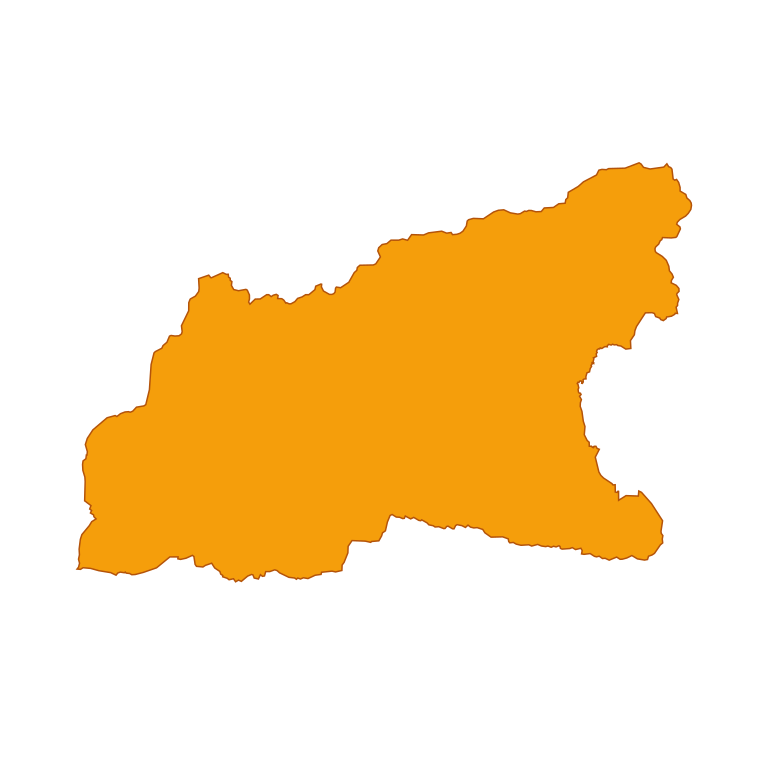 Bo Phloi, Kanchanaburi, Thailand, rotated 85°
{"feature_id": "78962969B59995610664778", "entity_name": "Bo Phloi", "entity_type": "district", "adm_level": 2, "iso_a3": "THA", "parent_name": "Thailand", "parent_adm1": "Kanchanaburi", "projection": "albers", "projection_center": [99.464, 14.382], "detail": "fine", "context": "isolated", "style": "filled", "palette": "amber", "viewbox_px": 768, "rotation_deg": 85, "n_neighbors": 0, "source": "geoboundaries", "source_scale": "gbopen_adm2", "svg_char_len": 6116}
<svg xmlns="http://www.w3.org/2000/svg" viewBox="0 0 768 768"><g transform="rotate(85 384 384)"><path d="M559.4,119.4L557.0,120.8L554.9,120.9L544.5,118.4L526.4,128.0L514.4,136.9L512.8,139.5L517.8,140.4L516.3,152.6L520.3,160.4L511.4,159.7L511.2,160.2L512.3,161.3L511.8,163.0L504.5,162.5L504.5,164.7L503.1,165.6L496.8,173.5L494.0,175.9L490.4,177.6L475.3,179.9L467.8,175.2L466.8,177.3L464.5,178.3L464.4,180.0L465.4,180.6L464.8,180.9L465.3,181.9L464.1,182.7L463.9,184.9L459.9,184.7L458.0,186.5L452.0,188.9L443.9,187.5L438.5,188.7L428.5,189.2L423.4,190.5L419.8,190.0L416.7,188.7L413.2,190.3L411.7,188.6L410.3,189.1L410.2,190.2L408.9,191.0L406.2,191.1L404.8,190.3L401.2,190.8L400.5,191.5L399.2,190.7L399.5,189.7L398.3,188.9L398.0,187.6L399.2,186.7L400.5,187.0L400.7,186.3L399.3,185.3L397.1,185.3L396.5,184.3L396.5,182.3L394.5,182.3L390.6,180.9L389.8,178.2L386.5,177.2L384.6,175.7L383.4,176.1L382.6,175.1L381.0,174.9L381.9,173.3L381.0,173.2L380.6,173.9L377.0,172.7L376.2,173.1L375.0,169.8L372.4,170.0L371.2,168.9L370.1,169.4L368.6,168.8L367.6,167.2L367.9,166.1L366.9,165.5L367.6,163.9L366.0,160.8L366.4,158.3L365.5,158.3L364.1,156.7L365.0,154.3L364.3,152.8L365.1,151.3L365.1,148.7L366.0,147.9L366.8,144.7L370.3,140.1L370.1,135.0L362.2,134.7L356.8,130.3L352.8,129.4L348.8,127.5L335.9,117.4L336.3,110.7L337.3,108.5L340.5,107.5L342.4,103.5L343.9,102.8L345.2,100.2L343.4,97.2L341.9,96.6L341.5,91.7L339.9,88.3L338.9,87.7L339.3,85.5L332.9,86.3L331.4,84.7L329.0,84.5L325.5,82.9L320.6,84.6L319.4,84.3L317.4,82.0L314.5,81.9L311.2,84.2L308.2,89.1L305.8,88.6L302.9,86.4L299.5,87.5L296.1,89.8L291.5,90.0L285.4,92.0L281.2,95.6L276.8,101.4L275.4,102.2L272.9,102.3L271.1,101.4L268.6,98.2L265.3,96.3L264.4,94.7L262.4,93.8L263.5,85.1L263.4,80.5L262.6,79.4L255.3,75.2L253.3,75.5L250.4,78.5L248.4,77.7L245.9,74.9L243.0,68.9L240.5,66.0L236.8,63.1L232.9,62.1L230.5,62.2L228.0,63.3L225.0,66.1L221.5,66.8L217.6,72.2L213.9,71.9L208.9,72.9L205.7,74.7L206.3,76.6L205.0,78.1L195.1,78.4L193.4,79.5L192.3,81.5L189.3,83.0L192.3,86.4L193.0,100.2L190.8,106.6L187.3,108.7L185.9,110.6L190.0,125.0L189.0,141.5L189.9,143.8L189.2,148.2L189.7,151.3L194.3,154.1L200.0,167.7L204.2,173.4L209.1,183.7L214.5,184.8L216.1,186.8L219.7,187.8L219.7,194.2L222.9,199.8L222.6,209.0L225.9,212.3L225.7,217.6L224.0,222.1L223.7,224.7L224.5,227.0L224.0,228.9L226.2,233.4L226.4,235.9L224.5,243.2L220.9,249.5L220.9,254.9L222.2,259.8L228.1,270.6L226.8,280.6L227.7,285.4L228.9,286.9L233.8,288.2L238.6,292.0L240.4,295.0L241.2,298.3L241.2,302.7L238.9,304.0L239.2,308.4L236.8,313.2L237.3,326.4L239.0,331.6L237.6,343.5L242.9,348.0L241.1,352.8L242.0,356.8L241.3,364.5L244.4,368.9L244.9,373.7L247.8,377.4L250.9,378.6L257.1,376.5L263.6,381.7L264.5,384.2L263.6,397.7L265.6,400.4L268.4,401.2L270.4,403.9L279.6,410.2L284.3,418.8L283.3,423.0L284.3,423.9L288.1,424.7L289.6,426.1L290.2,428.0L290.0,430.5L286.1,436.2L281.8,437.9L279.2,437.4L278.9,438.1L280.6,443.5L284.0,444.6L288.5,451.1L288.2,454.3L290.1,458.0L291.2,462.6L294.2,465.6L296.0,469.7L295.9,471.5L294.6,473.8L294.9,474.7L291.6,476.6L290.1,478.4L289.6,482.5L286.6,481.8L285.3,483.5L285.9,486.6L287.1,488.8L285.0,491.0L284.8,493.1L288.5,499.9L288.2,504.9L292.8,510.6L290.6,511.7L287.6,510.6L283.6,510.3L278.6,512.0L277.7,513.3L278.4,520.8L276.8,525.5L272.5,527.4L268.7,526.6L267.4,528.1L265.2,528.0L264.0,529.5L261.1,529.6L261.0,531.6L259.0,534.9L263.1,546.6L262.9,547.4L260.3,549.1L262.9,559.5L272.3,559.8L275.7,560.5L280.0,564.2L282.4,569.5L283.3,570.1L286.0,571.4L294.1,572.2L308.3,580.7L314.3,580.5L316.5,581.4L318.1,584.0L318.0,588.1L317.1,591.9L317.6,593.5L323.5,596.6L326.5,600.8L329.0,602.2L331.8,609.0L333.0,610.4L344.3,614.3L369.3,618.2L383.8,623.1L384.9,625.1L385.5,632.6L389.2,636.7L390.0,639.3L389.3,640.9L389.3,644.5L390.6,649.1L393.1,652.9L392.0,654.6L393.5,662.8L404.3,678.0L412.3,684.3L418.3,686.8L425.6,685.4L428.9,686.1L428.8,686.7L432.5,687.5L434.4,690.5L437.8,691.3L443.8,691.5L450.7,690.1L455.1,690.2L474.3,692.4L479.6,686.5L482.9,688.1L484.5,686.3L486.9,687.7L489.0,684.8L491.0,684.5L493.3,682.6L495.7,687.2L499.4,689.9L507.7,698.1L512.2,700.0L521.9,702.1L527.7,702.3L531.9,703.6L536.0,702.9L539.9,704.3L541.6,705.9L542.2,702.5L540.8,699.8L542.1,692.4L545.1,684.4L548.1,672.7L551.1,667.6L549.1,665.7L548.4,663.1L549.4,659.1L548.8,658.2L549.9,657.4L550.6,653.9L552.0,651.9L552.1,648.4L550.7,640.1L547.3,626.6L537.6,612.4L538.3,604.2L540.2,604.6L541.0,602.0L540.3,596.4L538.0,589.8L539.3,588.4L547.2,587.9L549.3,586.7L550.5,580.3L549.1,577.7L547.5,571.3L552.5,568.7L556.4,563.9L559.2,563.2L560.7,561.3L562.0,561.5L563.9,557.1L565.5,555.4L564.9,550.9L568.1,549.1L566.7,546.0L568.2,543.3L563.5,536.6L562.2,532.6L562.7,531.2L566.0,530.2L567.3,526.1L563.2,523.7L565.0,521.9L564.8,519.8L560.6,518.2L560.9,514.1L559.6,509.0L560.6,506.7L563.0,504.5L568.3,495.6L569.5,489.9L570.9,488.3L569.8,486.8L571.0,484.2L570.0,481.2L571.2,476.7L568.5,469.2L568.2,463.3L566.1,462.6L565.9,452.1L567.0,448.6L566.1,442.2L560.7,441.5L558.2,439.3L549.1,434.7L542.6,433.9L537.2,429.5L538.9,416.4L540.6,411.0L539.8,410.1L539.8,402.8L535.1,399.6L532.2,398.5L530.4,395.4L521.7,392.6L515.5,389.4L514.7,387.3L517.6,383.4L518.1,380.1L519.7,377.1L519.6,375.5L517.4,374.3L520.7,369.2L519.5,366.0L522.9,361.2L523.4,359.3L522.6,358.3L526.1,353.2L528.2,351.6L529.5,347.3L530.9,345.6L530.9,341.9L533.3,337.0L533.2,335.7L531.4,334.0L531.2,332.6L534.2,328.4L534.4,326.9L531.3,325.0L530.5,323.5L531.9,318.7L534.0,315.4L531.9,312.6L534.1,310.3L535.2,307.1L535.2,303.7L537.5,298.3L541.0,296.5L545.9,290.7L546.6,279.1L549.1,273.7L551.8,273.5L553.2,272.5L553.1,269.0L555.0,266.3L556.6,261.6L556.8,253.7L558.3,251.0L557.2,244.9L559.1,241.3L560.1,237.1L559.7,234.8L561.2,231.7L560.4,229.2L561.3,226.8L560.4,223.8L561.2,222.8L563.1,222.6L564.0,221.0L564.1,213.2L563.4,210.7L565.6,207.6L564.8,202.2L567.2,201.1L570.5,202.0L571.1,199.6L570.9,193.4L574.0,189.4L574.7,187.4L574.3,184.6L576.9,181.6L576.9,178.9L579.1,175.0L576.7,167.3L579.2,164.1L579.3,161.8L578.5,157.3L576.5,152.0L580.3,146.8L582.1,139.8L581.8,136.8L578.6,135.5L577.7,131.9L576.3,129.3L568.3,122.7L566.6,120.2L562.7,120.3L559.4,119.4Z" fill="#f59e0b" stroke="#b45309" stroke-width="1.5"/></g></svg>